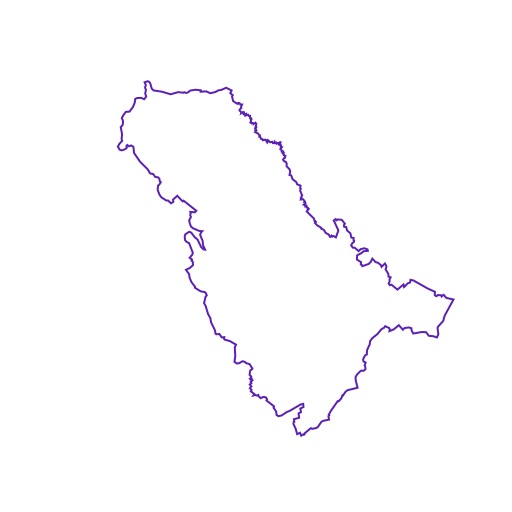 Photharam, Ratchaburi, Thailand, rotated 37°
{"feature_id": "78962969B60761780399877", "entity_name": "Photharam", "entity_type": "district", "adm_level": 2, "iso_a3": "THA", "parent_name": "Thailand", "parent_adm1": "Ratchaburi", "projection": "equal_earth", "projection_center": [99.741, 13.703], "detail": "fine", "context": "isolated", "style": "outline", "palette": "violet", "viewbox_px": 512, "rotation_deg": 37, "n_neighbors": 0, "source": "geoboundaries", "source_scale": "gbopen_adm2", "svg_char_len": 6119}
<svg xmlns="http://www.w3.org/2000/svg" viewBox="0 0 512 512"><g transform="rotate(37 256 256)"><path d="M130.9,139.6L128.3,144.3L126.3,146.3L124.8,149.6L121.5,153.5L117.3,154.4L112.9,158.1L112.3,156.9L107.9,159.4L103.8,163.6L103.4,166.0L102.1,167.8L100.1,168.4L99.8,169.2L95.1,172.1L90.5,178.2L82.2,181.3L74.5,185.4L72.0,185.1L67.6,181.7L66.0,181.2L64.3,181.6L62.5,184.3L65.2,185.8L66.0,188.3L68.1,189.5L69.8,193.0L72.2,194.6L72.4,195.3L72.3,198.1L69.1,198.8L66.1,201.3L65.0,203.2L66.9,206.6L68.0,210.9L68.1,216.8L65.3,219.2L65.3,223.6L65.9,226.7L68.3,228.0L70.1,230.4L70.7,232.1L70.4,234.5L75.8,239.4L78.3,243.5L79.8,244.6L79.4,248.6L79.9,251.8L83.1,253.1L85.0,252.6L86.6,250.6L87.7,248.0L87.6,247.2L86.3,246.2L86.4,244.8L88.6,244.8L89.8,242.8L92.4,242.6L96.6,247.1L106.7,250.5L117.1,251.9L121.8,253.8L124.4,252.4L127.9,253.5L130.5,252.1L132.4,252.5L134.0,254.1L135.5,254.3L135.8,257.4L135.4,258.6L137.6,262.3L141.8,265.0L145.1,266.1L150.7,265.7L152.6,264.6L156.3,265.1L157.4,262.5L155.8,260.9L156.9,255.3L164.6,256.5L164.9,255.4L181.1,255.8L180.9,257.9L177.0,260.3L178.4,261.6L178.8,262.9L180.5,264.0L181.2,267.8L183.6,269.9L186.4,271.6L188.8,271.8L195.5,270.2L198.1,268.6L197.9,269.9L198.5,272.6L204.3,276.1L207.4,279.4L211.5,281.6L210.3,282.3L206.9,281.9L199.3,278.0L195.9,277.9L190.2,276.3L188.1,276.8L186.5,281.2L187.1,283.0L189.6,285.9L191.9,286.5L194.9,286.0L203.5,291.4L204.3,293.0L204.1,297.4L207.0,297.3L207.3,298.5L208.9,298.6L211.2,301.3L210.3,305.4L208.4,309.2L213.6,310.8L215.9,313.2L220.2,315.7L225.7,317.2L226.4,318.1L233.1,317.5L236.9,315.6L238.2,315.8L240.4,317.1L240.2,318.8L242.9,324.9L245.7,326.1L252.5,331.1L257.1,333.2L260.0,336.0L268.0,340.1L270.6,342.5L271.7,342.2L273.6,340.3L277.7,341.6L279.5,339.9L280.2,341.3L281.5,341.6L286.2,339.7L293.4,338.8L294.0,341.7L299.6,348.3L302.5,353.5L305.6,353.3L307.1,351.6L308.6,348.1L310.8,347.3L312.5,347.5L315.9,346.2L320.7,348.0L321.1,348.6L320.3,350.5L320.8,352.1L322.5,354.8L324.7,355.1L324.8,356.1L325.5,356.3L325.1,357.8L326.9,358.0L327.1,356.9L328.0,357.3L327.5,359.9L328.9,360.4L328.4,362.4L330.8,362.9L330.7,365.3L333.1,365.7L333.3,367.2L337.9,367.3L337.9,368.9L339.1,367.5L340.9,366.8L341.5,365.6L342.7,366.5L345.4,366.7L346.5,364.3L348.7,363.0L351.0,363.7L351.3,365.1L360.9,365.2L361.3,366.6L365.6,368.0L368.1,370.6L370.4,370.4L372.5,367.8L374.4,362.2L376.2,359.2L381.0,347.7L382.7,345.7L384.8,348.0L383.2,351.2L385.9,353.6L384.7,356.1L387.8,359.2L384.5,363.5L386.3,365.2L385.9,365.7L387.0,367.6L391.5,370.0L396.1,373.5L397.5,370.7L400.2,372.3L400.9,370.4L401.8,370.0L402.0,368.9L401.5,368.6L403.4,360.5L404.9,360.2L407.7,357.1L408.3,355.1L408.0,349.5L408.6,347.5L412.8,342.7L410.3,340.4L410.3,339.0L409.6,338.9L409.0,334.5L408.6,322.7L409.4,322.4L409.8,318.5L408.9,315.1L409.4,315.0L409.2,310.3L410.0,307.9L416.4,300.1L410.6,295.4L408.4,292.8L408.0,289.9L408.7,285.1L409.1,284.1L410.9,283.1L411.6,280.6L409.6,278.4L408.6,278.0L407.7,275.1L405.3,275.5L403.9,274.4L403.1,271.3L403.1,268.9L403.8,268.0L401.3,264.2L400.0,258.1L398.4,255.4L398.3,251.7L400.0,245.2L400.2,239.0L401.5,236.1L401.4,234.3L405.6,233.4L406.8,233.9L407.8,235.7L410.2,231.6L411.7,225.3L417.7,226.5L417.9,224.3L421.0,221.1L423.6,220.2L424.8,221.6L428.2,223.3L434.2,216.9L437.7,214.5L442.1,215.7L445.8,213.4L449.5,212.2L448.7,208.7L444.8,204.8L443.9,203.2L444.6,195.2L442.6,190.1L439.9,171.9L433.3,174.9L429.2,174.1L428.6,176.6L427.6,175.9L424.7,177.8L424.4,179.4L423.6,179.7L422.2,179.6L420.4,176.9L412.9,178.6L396.4,180.8L393.7,182.1L395.0,184.3L393.6,186.7L393.1,191.0L392.9,191.7L390.9,190.0L389.2,197.7L381.4,197.4L380.4,198.8L378.5,198.1L378.1,196.0L376.7,194.3L376.3,192.0L374.3,192.7L372.3,190.6L367.5,188.7L366.9,186.6L365.9,185.4L363.5,184.4L362.8,189.1L361.3,188.1L357.5,188.0L355.2,188.9L350.5,188.1L351.1,191.4L350.8,194.5L347.1,200.1L346.3,199.5L344.8,199.7L343.7,197.7L338.7,198.1L336.4,194.6L338.5,190.1L339.0,187.5L342.2,184.6L341.1,183.6L337.9,184.6L335.4,187.6L335.0,190.3L329.8,190.0L328.2,191.1L325.6,190.2L325.2,187.8L325.7,185.8L325.2,184.7L324.3,184.6L323.2,182.9L321.0,183.9L317.8,181.1L313.4,180.8L310.5,178.6L308.9,179.6L307.7,178.6L307.5,176.7L302.7,175.5L299.4,177.5L298.7,179.1L297.4,178.6L296.7,180.8L306.4,186.0L308.6,193.0L305.6,193.5L305.2,194.5L304.1,194.3L304.1,195.8L303.5,196.2L301.4,195.1L297.7,195.6L294.5,194.3L291.6,194.9L291.1,194.2L286.6,194.7L283.4,194.2L283.4,192.7L282.3,192.5L282.0,193.0L279.6,191.2L269.7,189.9L269.8,186.6L269.0,186.4L268.7,187.2L267.7,186.3L266.4,186.5L266.0,185.5L265.4,185.7L265.3,186.5L264.5,185.8L263.4,186.2L264.0,184.4L262.6,183.3L262.2,183.7L262.1,183.0L259.5,182.3L257.8,183.9L257.5,182.8L256.9,182.6L257.1,181.8L256.3,180.8L256.4,179.9L251.9,177.2L251.2,175.3L250.5,175.3L249.2,173.0L245.8,174.0L243.7,172.7L239.1,172.7L235.7,170.5L234.0,171.1L232.6,168.1L230.7,166.6L226.4,165.9L224.9,163.7L223.0,162.8L221.6,163.4L219.6,162.8L219.5,161.1L220.0,160.2L219.3,158.4L217.5,158.8L217.2,158.0L215.6,157.9L215.7,157.1L214.3,157.6L215.2,156.6L214.8,156.1L213.6,157.1L212.9,156.2L211.2,155.8L211.2,153.4L210.5,153.6L210.4,154.4L209.4,152.5L208.0,153.1L207.4,151.0L207.1,151.4L206.6,150.9L205.8,152.5L206.1,153.0L205.1,153.0L204.8,153.9L203.7,153.3L203.0,154.5L202.2,153.8L202.3,154.9L201.5,155.7L200.2,155.0L198.9,156.6L196.9,156.4L196.8,157.2L196.3,156.9L196.6,158.6L195.5,158.2L195.1,156.8L194.2,157.7L193.3,157.5L191.9,159.4L190.9,158.8L189.7,159.5L187.8,158.4L186.9,158.7L186.9,157.7L186.3,157.2L185.1,157.5L183.9,156.9L180.7,157.6L180.7,156.0L180.0,155.9L180.4,155.2L179.0,154.7L178.7,152.8L178.2,152.6L178.0,153.3L176.8,150.3L175.3,149.9L174.6,152.1L174.1,151.5L172.4,152.2L172.4,152.8L171.2,152.8L170.6,150.8L170.0,150.4L170.2,149.7L169.3,148.9L168.4,149.5L166.9,147.7L166.1,148.4L164.6,147.9L163.0,150.4L162.6,150.0L163.0,149.1L162.6,148.5L161.9,149.8L160.9,150.3L160.3,150.0L160.4,148.9L159.7,148.4L158.6,149.3L158.2,150.8L157.9,150.1L155.2,149.7L154.8,148.7L155.2,146.7L154.3,145.9L153.7,143.4L152.2,144.5L151.2,143.9L150.2,144.1L150.0,145.3L149.3,145.0L148.9,145.8L144.5,146.0L140.8,143.0L140.7,141.6L137.5,141.4L136.9,138.5L130.9,139.6Z" fill="none" stroke="#5b21b6" stroke-width="2"/></g></svg>